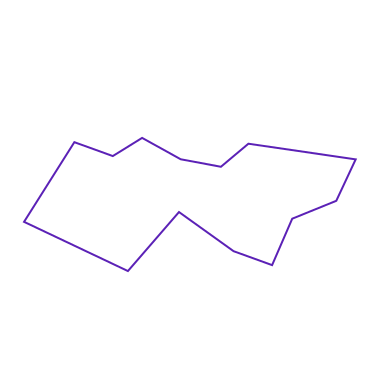 Pasay, Equal Earth projection, rotated 303°
{"feature_id": "PHL-5554", "entity_name": "Pasay", "entity_type": "Highly Urbanized City", "adm_level": 1, "iso_a3": "PHL", "parent_name": "Philippines", "parent_adm1": "", "projection": "equal_earth", "projection_center": [121.011, 14.532], "detail": "fine", "context": "isolated", "style": "outline", "palette": "violet", "viewbox_px": 384, "rotation_deg": 303, "n_neighbors": 0, "source": "natural_earth", "source_scale": "10m", "svg_char_len": 341}
<svg xmlns="http://www.w3.org/2000/svg" viewBox="0 0 384 384"><g transform="rotate(303 192 192)"><path d="M90.8,181.3L75.5,67.4L169.7,66.2L179.0,106.0L210.2,120.7L213.3,164.7L228.9,202.5L263.2,213.0L308.5,311.5L263.2,317.8L224.2,290.6L174.3,299.0L165.0,259.1L168.1,192.0L90.8,181.3Z" fill="none" stroke="#5b21b6" stroke-width="2"/></g></svg>